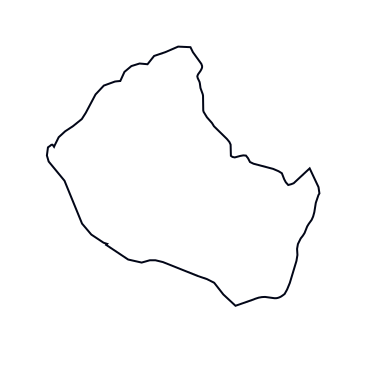 Cabañas, Equal Earth projection, rotated 225°
{"feature_id": "SLV-1344", "entity_name": "Cabañas", "entity_type": "Department", "adm_level": 1, "iso_a3": "SLV", "parent_name": "El Salvador", "parent_adm1": "", "projection": "equal_earth", "projection_center": [-88.722, 13.882], "detail": "fine", "context": "isolated", "style": "outline", "palette": "ink", "viewbox_px": 384, "rotation_deg": 225, "n_neighbors": 0, "source": "natural_earth", "source_scale": "10m", "svg_char_len": 1510}
<svg xmlns="http://www.w3.org/2000/svg" viewBox="0 0 384 384"><g transform="rotate(225 192 192)"><path d="M215.3,93.9L215.3,95.3L218.7,93.6L233.1,90.7L247.4,91.9L290.1,109.8L314.9,112.2L320.4,115.2L325.4,121.7L325.0,124.1L324.8,125.9L324.5,126.3L324.0,126.8L323.8,126.8L321.5,126.4L322.2,128.2L325.0,136.5L324.6,145.3L322.7,154.5L321.5,165.7L323.1,172.9L329.2,192.8L329.6,204.9L324.6,215.6L323.6,216.9L321.2,219.8L324.7,229.2L323.9,238.2L319.9,245.8L313.8,250.9L315.0,261.4L309.8,271.9L304.6,285.0L295.5,293.3L290.2,291.5L276.0,289.2L273.9,288.2L272.8,287.0L272.1,285.3L271.6,283.5L270.9,279.4L270.1,277.6L268.5,276.6L264.6,275.2L263.3,274.4L259.5,271.5L253.5,268.7L252.2,267.8L241.8,257.7L240.5,256.9L234.3,255.4L226.6,254.9L222.9,254.0L204.9,254.2L200.9,253.8L198.2,252.8L190.1,245.1L188.2,245.4L186.2,246.7L183.4,251.6L181.6,254.2L179.6,255.9L176.3,255.5L172.2,254.2L168.5,255.5L151.0,265.7L145.5,267.9L141.7,268.8L135.8,266.2L132.5,265.2L128.9,265.0L127.3,267.8L126.3,270.1L125.5,291.9L106.0,284.9L100.9,281.1L100.4,279.2L96.8,271.9L91.3,264.3L89.0,260.3L87.7,256.9L86.9,252.0L86.2,249.1L83.4,242.6L82.7,239.4L82.3,236.0L80.3,230.1L77.5,226.1L72.9,222.0L69.4,217.1L58.5,196.8L55.8,190.3L54.4,185.4L54.7,183.2L55.1,181.1L55.7,179.3L56.5,177.7L57.4,176.4L58.6,175.2L66.1,169.5L68.2,167.2L70.1,164.5L71.8,161.2L72.5,159.5L80.8,142.3L97.4,141.7L112.1,143.5L119.8,141.0L128.3,136.8L163.0,121.9L169.7,117.8L173.5,114.0L177.7,106.5L189.4,99.1L215.3,93.9Z" fill="none" stroke="#020617" stroke-width="2"/></g></svg>